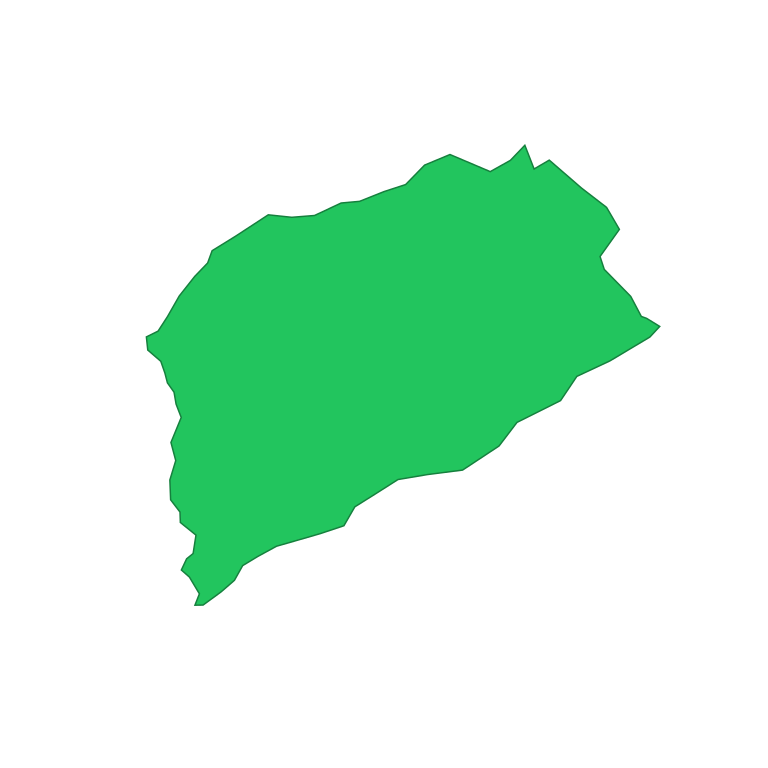 the district of Ayia Marina Kelokedharon, Paphos, Cyprus, rotated 20°
{"feature_id": "46923920B72864287320521", "entity_name": "Ayia Marina Kelokedharon", "entity_type": "district", "adm_level": 2, "iso_a3": "CYP", "parent_name": "Cyprus", "parent_adm1": "Paphos", "projection": "mercator", "projection_center": [32.613, 34.821], "detail": "fine", "context": "isolated", "style": "filled", "palette": "green", "viewbox_px": 768, "rotation_deg": 20, "n_neighbors": 0, "source": "geoboundaries", "source_scale": "gbopen_adm2", "svg_char_len": 1058}
<svg xmlns="http://www.w3.org/2000/svg" viewBox="0 0 768 768"><g transform="rotate(20 384 384)"><path d="M282.0,656.5L289.6,653.6L302.0,635.1L310.6,619.6L313.3,603.0L322.0,592.2L324.5,589.1L338.5,573.2L353.1,562.6L375.3,546.4L394.8,530.9L398.6,509.4L413.6,490.1L429.8,469.0L455.7,454.3L487.3,438.0L513.3,402.9L522.1,374.6L555.6,339.2L562.6,310.9L588.5,284.9L617.8,248.9L623.4,235.6L608.3,232.5L602.7,232.5L585.9,217.3L551.8,201.0L543.4,190.3L552.3,158.2L538.4,146.6L532.7,141.9L502.5,132.3L462.7,117.1L451.5,130.6L434.7,111.5L426.3,130.6L411.2,148.1L367.5,145.8L347.3,164.4L336.1,189.2L318.2,203.2L298.6,220.7L281.8,228.6L261.1,249.4L240.3,258.9L217.4,264.6L193.8,296.1L176.9,317.5L176.9,330.6L169.4,347.5L161.5,371.3L157.5,394.7L153.6,411.6L144.6,421.0L150.4,432.9L166.5,439.0L174.4,448.7L180.1,457.0L189.5,463.5L195.5,474.0L204.9,484.8L203.8,511.8L214.5,527.2L215.6,547.4L223.1,565.8L236.1,574.1L240.0,583.8L259.0,590.3L262.6,608.6L258.3,615.8L257.2,628.1L267.2,632.0L282.3,644.3L282.0,656.5Z" fill="#22c55e" stroke="#15803d" stroke-width="1.5"/></g></svg>